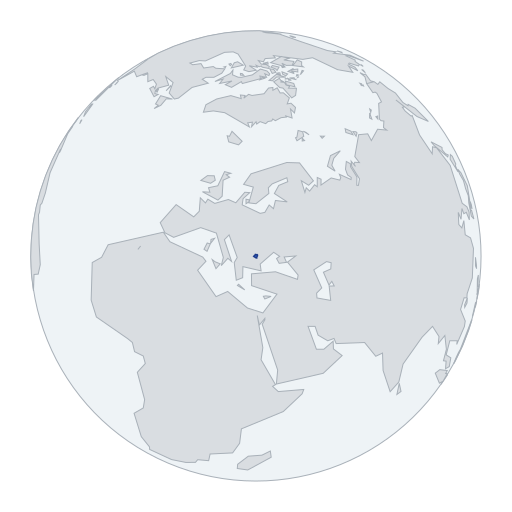 the Earth from above Teleorman, rotated 23°
{"feature_id": "ROU-127", "entity_name": "Teleorman", "entity_type": "County", "adm_level": 1, "iso_a3": "ROU", "parent_name": "Romania", "parent_adm1": "", "projection": "orthographic", "projection_center": [25.251, 44.09], "detail": "fine", "context": "on_globe", "style": "filled", "palette": "blue", "viewbox_px": 512, "rotation_deg": 23, "n_neighbors": 0, "source": "natural_earth", "source_scale": "10m", "svg_char_len": 11268}
<svg xmlns="http://www.w3.org/2000/svg" viewBox="0 0 512 512"><g transform="rotate(23 256 256)"><circle cx="256" cy="256" r="225" fill="#eef3f6" stroke="#a8b0b8"/><path d="M171.1,47.3L180.8,45.0L174.4,47.1L177.9,46.6L186.1,44.0L190.7,42.6L214.0,41.1L241.4,39.0L249.9,36.8L248.2,39.0L264.1,34.4L278.9,34.6L262.3,35.5L260.7,36.6L270.7,36.9L271.2,38.2L276.4,39.3L276.1,41.0L266.4,42.0L266.1,43.2L273.2,43.5L277.4,45.7L267.0,45.0L273.3,49.1L258.3,52.6L230.6,51.4L222.3,56.7L193.8,64.7L196.4,66.1L187.3,70.7L186.9,74.3L181.8,75.2L185.9,77.3L190.7,75.8L194.2,76.3L194.4,78.4L187.8,79.8L186.8,79.0L185.0,80.5L181.6,80.4L183.4,81.7L175.4,83.5L183.6,84.9L177.4,89.1L172.0,89.5L172.3,85.2L160.6,77.1L155.3,77.0L147.5,80.8L133.2,96.2L127.4,98.3L119.8,104.2L123.0,104.7L130.2,100.4L134.4,103.4L142.7,98.3L145.6,98.9L154.2,95.9L153.1,101.1L147.4,108.0L140.2,111.0L137.5,114.3L144.5,115.6L131.3,125.8L122.9,141.0L119.5,143.4L112.4,139.9L111.9,128.7L102.8,126.1L108.9,132.9L100.2,139.7L98.8,143.1L99.4,146.0L102.8,145.5L99.9,149.2L92.7,143.3L95.3,139.9L97.5,141.6L97.2,136.7L92.4,133.7L88.3,137.8L85.2,130.5L82.3,133.5L80.0,133.9L84.9,129.4L76.1,137.6L71.8,133.4L59.7,148.9L71.4,131.1L75.4,124.2L79.2,117.8L77.2,120.1L85.0,109.6L86.5,107.6L98.5,94.9L111.5,83.2L125.3,72.5L139.9,62.9L155.2,54.5L171.1,47.3ZM62.3,140.9L62.1,141.3L62.3,140.9ZM38.3,198.0L38.4,197.8L37.6,202.5L35.2,211.8L36.7,208.0L34.9,217.1L34.9,233.6L34.3,234.4L33.9,259.8L37.5,280.5L38.3,291.1L37.5,293.4L39.6,300.2L39.7,303.1L51.7,329.7L60.8,348.3L62.6,357.8L58.9,359.7L64.8,375.1L64.4,374.4L56.1,360.0L49.0,344.9L43.0,329.3L38.2,313.4L34.5,297.1L32.1,280.7L30.9,264.0L30.9,247.4L32.1,230.7L34.6,214.3L38.3,198.0ZM56.7,153.1L47.5,175.8L49.5,167.9L49.7,168.2L52.7,161.3L57.2,151.3L59.9,145.4L56.7,153.1ZM59.7,151.9L61.1,148.7L60.2,151.2L59.7,151.9ZM192.7,41.9L186.2,43.9L178.6,46.0L183.9,44.0L192.7,41.9ZM207.3,39.3L204.4,40.3L200.8,40.1L203.5,39.6L207.3,39.3ZM255.8,35.3L250.5,35.5L255.5,34.9L255.8,35.3ZM277.2,39.2L278.5,38.8L280.6,39.6L277.2,39.2ZM154.2,93.3L154.1,94.6L152.6,94.5L154.2,93.3ZM157.9,90.9L156.1,89.9L157.6,88.6L158.7,89.3L157.9,90.9ZM282.1,43.0L285.1,44.6L280.4,43.1L282.1,43.0ZM159.8,92.5L160.5,86.6L163.2,84.4L169.7,85.3L159.8,92.5ZM285.7,45.7L293.0,50.0L296.6,49.4L290.5,54.1L286.3,48.5L280.0,46.6L284.6,46.8L285.7,45.7ZM192.2,74.5L187.1,76.1L191.1,72.9L192.2,74.5ZM193.9,72.3L201.4,62.4L209.1,61.3L205.0,64.7L214.8,62.1L214.8,66.3L209.5,68.7L204.5,68.5L208.3,70.4L193.9,72.3ZM285.9,56.2L286.3,57.6L284.1,56.4L285.9,56.2ZM195.9,76.3L196.7,74.2L203.4,73.1L202.9,77.0L200.9,76.1L195.9,76.3ZM217.3,59.4L222.2,59.5L223.6,62.9L225.7,63.4L215.5,66.3L217.3,59.4ZM199.5,77.4L202.5,79.1L199.6,81.6L195.5,78.3L199.5,77.4ZM205.3,71.2L208.5,70.9L206.6,72.3L205.3,71.2ZM190.8,92.2L191.7,89.4L195.2,88.5L190.8,92.2ZM203.9,79.6L204.9,78.7L206.4,78.1L207.7,79.8L203.9,79.6ZM217.1,68.7L216.7,70.2L221.4,67.6L222.6,70.3L215.6,71.9L219.1,72.4L219.5,73.2L213.3,73.6L217.1,68.7ZM213.5,79.8L205.0,83.2L202.7,88.3L199.4,89.2L203.8,80.8L213.5,79.8ZM214.0,76.1L213.0,78.5L209.4,78.2L208.0,76.3L214.0,76.1ZM226.0,71.7L225.9,67.1L227.4,67.0L226.0,71.7ZM213.6,81.3L215.6,80.5L213.8,81.7L213.6,81.3ZM222.9,74.6L222.7,73.0L224.5,72.8L222.9,74.6ZM219.9,80.4L217.2,81.4L216.0,80.1L219.9,80.4ZM221.9,77.8L224.3,78.0L217.3,79.0L221.5,77.0L221.9,77.8ZM224.6,74.8L225.6,74.2L224.5,75.5L224.6,74.8ZM225.7,85.0L217.1,86.6L214.7,83.5L223.3,82.4L225.7,85.0ZM121.5,361.0L107.8,326.0L114.4,317.5L115.5,303.4L161.4,270.3L171.2,276.5L207.4,277.8L212.0,280.4L207.8,291.9L235.1,309.0L243.8,299.7L268.4,307.2L284.6,305.7L290.2,282.9L263.5,285.0L258.8,274.2L280.1,262.9L303.3,261.3L302.2,257.1L287.4,249.3L292.6,240.4L282.3,245.9L286.6,249.9L280.2,253.7L275.9,250.3L277.9,247.1L270.8,245.7L263.0,261.8L266.5,267.7L248.1,270.9L252.2,281.2L247.3,286.0L238.5,270.5L239.3,264.7L223.0,247.1L220.5,253.3L235.7,270.6L231.0,269.1L227.8,278.4L226.5,270.1L210.6,250.4L194.0,251.5L172.9,271.0L163.1,270.2L154.8,262.7L162.4,239.9L183.4,244.3L186.3,237.0L182.0,224.2L188.7,226.9L189.5,222.5L197.5,223.7L208.5,214.8L216.6,214.9L220.8,201.7L225.5,200.1L221.7,208.3L223.3,214.3L243.2,215.1L247.1,212.4L248.2,203.9L253.6,205.6L252.2,197.3L263.6,194.0L248.5,191.3L249.4,182.1L256.2,175.2L253.8,171.9L242.7,183.3L240.7,188.4L243.4,193.4L235.5,207.9L228.7,209.9L226.6,193.6L216.6,194.9L219.3,182.3L247.8,157.9L259.7,153.3L279.5,164.4L276.8,170.3L268.3,169.0L276.2,178.4L275.6,173.6L280.0,175.3L282.1,167.5L285.3,168.3L281.7,159.8L285.9,159.9L288.1,165.3L294.7,154.8L303.5,153.4L303.4,150.7L300.8,148.2L313.6,148.5L313.0,146.5L308.6,145.6L304.5,141.2L302.2,133.7L306.8,134.2L308.2,137.0L318.0,143.8L321.1,151.5L322.7,151.0L321.1,144.5L309.1,136.1L306.5,131.5L312.6,134.7L310.2,133.1L310.3,131.1L314.7,129.6L308.1,125.9L303.1,104.2L311.1,99.9L317.1,104.7L318.4,91.8L327.2,89.0L323.2,88.0L321.0,81.8L318.2,82.6L316.1,81.7L309.3,67.6L311.3,65.1L303.7,59.0L301.6,58.6L299.8,60.0L290.5,54.1L296.6,49.4L301.1,50.4L301.9,47.3L312.0,50.2L320.7,51.5L331.2,57.3L337.2,58.3L336.8,57.0L344.7,57.8L362.1,64.8L349.7,64.7L323.8,57.7L334.5,60.7L332.6,61.9L336.7,64.3L344.2,66.6L344.8,65.6L359.3,80.7L378.3,93.1L375.8,86.5L379.9,85.8L399.3,96.7L425.2,126.9L430.9,128.3L435.0,132.3L438.3,139.4L432.5,133.6L430.8,135.9L427.0,131.8L430.4,142.1L425.1,136.8L430.4,147.8L434.5,149.7L433.5,142.2L440.3,154.7L446.4,155.5L453.2,164.0L463.7,191.7L465.1,208.3L466.5,212.1L463.9,213.2L465.2,225.3L474.0,234.1L475.4,239.5L475.3,259.0L474.4,255.4L467.5,258.3L469.7,272.7L475.1,273.6L477.1,282.3L474.5,285.7L472.1,278.5L469.5,279.2L467.7,267.5L460.9,255.4L458.0,265.4L455.9,258.6L446.0,251.8L440.6,265.8L433.6,298.0L436.7,316.2L432.5,328.5L417.7,311.7L410.4,295.9L405.4,301.5L389.8,293.2L364.0,305.3L360.0,301.4L355.2,306.0L344.1,304.6L337.9,297.7L331.4,300.4L348.0,318.2L354.9,315.3L360.3,304.3L363.6,311.3L374.2,314.0L363.7,337.7L324.8,365.9L320.5,352.5L288.4,316.4L289.1,311.3L288.9,310.8L288.5,309.9L286.1,318.2L280.4,310.3L298.1,337.7L301.2,349.5L324.2,366.8L322.2,369.5L329.5,372.1L352.1,360.2L352.3,364.8L341.9,388.5L310.1,420.8L314.1,434.8L311.4,446.4L291.1,456.2L292.4,462.9L281.9,466.3L280.9,469.6L272.2,473.4L257.7,476.4L233.7,475.6L232.5,473.3L221.0,467.1L205.2,448.4L211.6,439.9L209.6,431.7L192.2,409.4L196.1,398.2L191.3,392.1L181.6,391.5L176.0,383.9L170.1,382.2L132.9,374.5L121.5,361.0ZM145.9,291.9L144.7,296.1L145.9,291.9ZM328.5,270.8L342.1,267.7L335.1,255.1L339.7,253.0L335.7,249.7L334.5,254.2L324.4,244.6L329.9,238.7L327.8,232.8L323.1,233.6L314.6,246.2L329.0,259.7L326.3,266.5L328.5,270.8ZM35.0,234.0L34.7,237.9L34.5,235.2L35.0,234.0ZM48.2,170.1L47.0,173.6L45.9,176.7L46.4,174.6L48.2,170.1ZM42.6,198.5L42.0,203.2L41.9,199.8L42.6,198.5ZM46.5,179.3L42.9,195.1L42.7,189.8L45.2,180.0L44.4,184.6L46.5,179.3ZM56.9,155.0L55.8,157.7L55.0,158.6L56.9,155.0ZM59.1,153.8L59.3,153.2L60.5,150.9L59.1,153.8ZM100.6,140.0L101.1,140.6L100.9,143.9L99.5,143.2L100.6,140.0ZM109.5,154.5L104.6,160.1L107.1,155.4L104.1,155.3L105.6,145.7L117.8,144.2L112.0,146.4L109.5,154.5ZM111.1,133.1L108.7,139.0L110.8,132.7L111.1,133.1ZM186.2,198.5L188.9,202.2L185.8,206.8L175.7,208.0L179.9,201.0L186.2,198.5ZM193.4,206.3L194.1,190.6L200.5,189.7L196.8,192.8L200.9,193.8L196.1,199.1L201.5,214.2L199.1,219.4L181.6,217.8L188.6,215.3L185.6,211.7L193.4,206.3ZM184.8,156.2L185.2,150.6L198.4,155.8L196.5,160.5L186.3,161.6L182.5,156.6L184.8,156.2ZM171.0,95.6L170.3,94.0L172.1,93.5L174.2,94.5L171.0,95.6ZM190.9,91.0L176.0,102.6L174.4,101.2L167.6,110.3L160.8,110.3L165.5,104.3L155.1,111.4L156.6,106.0L150.0,111.4L161.1,98.0L162.1,93.8L163.6,98.4L169.8,98.4L172.8,97.2L181.9,90.7L187.0,82.2L193.9,81.4L197.5,83.0L197.4,84.9L192.9,84.8L195.9,87.4L189.3,88.8L190.9,91.0ZM235.5,109.3L230.3,107.2L235.3,114.9L228.7,115.4L229.7,116.2L225.0,118.9L220.9,123.9L217.9,123.3L217.7,125.5L214.5,127.5L213.2,130.4L207.3,130.7L205.1,134.3L203.6,132.4L201.4,138.7L200.4,134.2L196.3,136.7L199.5,139.8L171.2,136.3L160.1,139.1L151.4,144.2L150.8,136.3L158.5,126.8L170.2,118.2L180.9,116.9L178.7,113.9L183.2,112.5L183.1,115.5L186.0,110.1L189.6,109.8L200.0,103.5L201.9,96.5L205.7,94.3L206.8,96.9L209.8,92.9L214.5,96.5L217.4,95.1L224.9,97.4L225.3,103.8L228.5,101.7L234.3,103.8L235.5,109.3ZM227.7,85.8L229.7,92.7L227.1,96.5L215.2,90.9L212.0,91.7L204.2,88.7L208.1,83.3L210.0,84.6L212.7,84.7L210.4,86.3L214.3,85.1L216.9,86.9L220.7,86.5L220.3,88.8L227.7,85.8ZM217.1,276.4L220.6,277.3L226.1,277.2L224.1,283.3L217.1,276.4ZM206.0,263.1L209.2,262.7L209.1,270.8L205.5,270.1L206.0,263.1ZM211.0,255.9L209.3,262.1L208.1,258.3L211.0,255.9ZM224.6,207.6L228.0,206.9L228.3,208.9L226.4,211.8L224.6,207.6ZM248.7,133.9L246.2,131.7L247.2,130.6L245.7,124.0L250.4,123.4L253.2,127.2L248.7,133.9ZM285.7,287.3L280.9,292.1L278.5,290.2L280.6,288.9L285.7,287.3ZM251.0,288.8L258.9,291.6L250.4,290.4L251.0,288.8ZM253.6,132.1L252.5,129.4L255.6,130.8L253.6,132.1ZM253.8,122.7L257.5,123.7L250.8,122.6L253.8,122.7ZM348.6,435.3L332.0,456.2L321.8,458.9L320.5,454.9L327.1,443.3L339.3,437.0L345.4,429.9L348.6,435.3ZM477.4,297.6L476.4,302.0L477.2,297.5L478.7,290.3L477.4,297.6ZM477.1,298.1L474.5,301.4L466.8,293.8L469.6,288.8L476.8,286.7L476.5,290.1L478.1,289.5L477.1,298.1ZM480.5,274.8L480.1,278.0L479.9,272.0L480.1,265.6L480.6,261.9L479.5,231.4L479.7,230.1L480.8,241.2L480.8,241.8L481.3,258.3L480.5,274.8ZM437.6,317.2L442.4,324.0L439.8,328.4L437.6,317.2ZM476.8,214.4L478.8,227.2L476.2,212.7L476.8,214.4ZM473.9,202.7L475.0,205.7L474.2,204.8L473.9,202.7ZM468.6,216.9L468.2,221.7L467.1,219.4L466.9,211.9L468.6,216.9ZM458.5,171.4L462.6,178.4L464.0,181.5L461.8,179.2L458.5,171.4ZM292.5,126.2L289.4,135.7L290.3,142.8L295.7,147.0L286.7,145.5L285.3,134.5L292.5,126.2ZM301.4,106.7L296.6,103.6L299.4,102.6L300.9,103.2L301.4,106.7ZM297.9,106.5L290.5,107.2L288.3,104.0L294.6,104.0L297.9,106.5ZM272.1,119.0L270.9,121.8L268.4,120.5L272.1,119.0ZM477.6,215.6L478.0,217.7L476.8,211.3L477.6,215.6ZM475.1,203.7L476.3,209.5L474.3,200.9L475.1,203.7ZM476.0,208.6L475.0,204.9L474.6,202.5L476.0,208.6ZM474.7,201.9L472.6,194.4L473.4,196.9L474.7,201.9ZM472.2,197.3L473.3,197.4L473.8,203.0L468.7,190.5L468.1,186.6L472.2,197.3ZM436.5,128.3L433.8,126.0L431.9,122.1L434.3,124.8L436.5,128.3ZM423.0,108.7L430.4,120.4L436.0,130.5L436.6,129.7L442.1,136.8L438.6,135.1L431.2,124.1L427.8,117.5L422.8,112.3L417.5,105.5L411.6,101.1L407.8,97.3L412.1,99.3L423.0,108.7ZM409.1,99.6L396.9,91.1L395.3,86.7L397.7,87.5L403.9,93.2L404.4,95.1L409.1,99.6ZM393.5,87.9L393.8,89.9L376.6,84.6L372.5,82.5L384.8,83.4L385.8,85.5L390.3,87.8L393.5,87.9ZM288.6,57.5L286.5,57.6L287.6,56.6L288.6,57.5ZM314.6,82.3L311.9,80.9L313.3,79.6L314.6,82.3ZM305.1,76.6L305.5,79.0L303.2,76.2L305.1,76.6ZM306.6,84.6L304.7,79.9L309.2,84.8L306.6,84.6Z" fill="#d9dde1" stroke="#a8b0b8" stroke-width="1"/><path d="M257.4,257.5L257.2,257.5L256.9,257.6L256.7,257.6L256.4,257.7L256.2,257.7L255.9,257.5L255.5,257.5L255.2,257.3L254.6,257.4L254.3,257.3L254.4,257.2L254.5,257.2L254.4,256.8L254.3,256.6L254.2,256.4L254.3,256.2L254.5,256.1L254.8,256.0L254.8,255.9L254.8,255.7L254.9,255.4L254.9,255.2L254.8,254.9L255.0,254.8L255.3,254.8L255.3,254.7L255.5,254.7L255.8,254.6L256.0,254.6L256.3,254.6L256.4,254.4L256.5,254.3L256.8,254.4L256.8,254.5L256.7,254.7L256.7,254.8L256.8,255.0L257.1,255.1L257.3,255.2L257.3,255.3L257.3,255.5L257.2,255.8L257.1,256.0L257.1,256.4L257.2,256.8L257.3,257.0L257.4,257.5L257.4,257.5Z" fill="#3b82f6" stroke="#1e3a8a" stroke-width="1.5"/></g></svg>